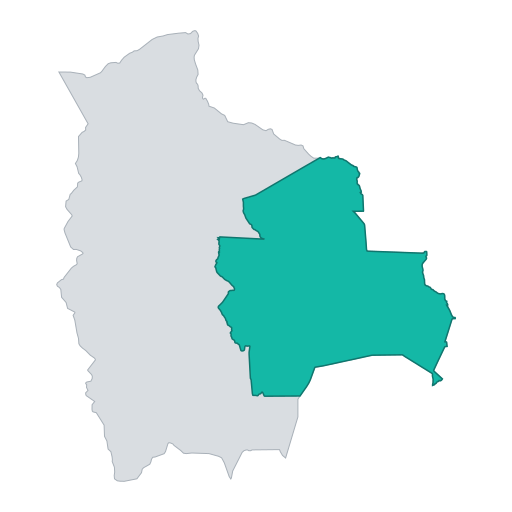 Bolivia, with Santa Cruz highlighted
{"feature_id": "BOL-1940", "entity_name": "Santa Cruz", "entity_type": "Department", "adm_level": 1, "iso_a3": "BOL", "parent_name": "Bolivia", "parent_adm1": "", "projection": "mercator", "projection_center": [-61.708, -16.97], "detail": "fine", "context": "in_parent", "style": "filled", "palette": "teal", "viewbox_px": 512, "rotation_deg": 0, "n_neighbors": 0, "source": "natural_earth", "source_scale": "10m", "svg_char_len": 9562}
<svg xmlns="http://www.w3.org/2000/svg" viewBox="0 0 512 512"><path d="M61.6,297.3L60.8,289.4L59.4,287.5L57.4,286.2L56.7,284.6L57.4,282.9L61.4,279.7L63.5,279.1L64.1,277.4L71.3,268.2L73.5,266.3L76.1,264.9L77.2,263.8L76.6,260.4L76.8,258.2L77.6,256.7L82.5,254.0L83.0,253.5L82.8,252.6L80.7,250.9L76.3,249.4L73.5,249.5L70.7,247.0L65.0,233.0L64.1,229.7L64.2,228.5L68.0,221.5L72.2,216.0L71.7,214.7L67.0,209.3L65.6,206.7L66.1,201.1L68.8,199.4L70.2,194.3L71.3,193.5L73.9,190.1L77.4,186.9L77.7,183.1L78.8,182.1L81.8,180.9L82.1,179.9L81.4,177.4L79.9,174.7L78.7,173.4L77.1,166.8L75.4,163.5L77.3,160.5L78.4,157.2L78.8,153.4L78.5,136.5L82.2,132.3L84.0,131.5L85.7,130.0L85.6,127.4L88.1,123.8L58.9,72.0L70.4,72.1L82.8,74.0L84.9,75.1L85.4,76.9L86.8,77.7L90.2,77.3L100.4,72.8L101.8,71.4L105.4,66.5L108.2,63.7L110.8,62.8L116.0,62.4L117.6,63.2L119.7,63.1L121.5,60.3L124.2,57.2L129.6,53.3L132.4,52.2L134.1,50.9L137.1,50.7L139.6,49.3L152.1,39.5L157.2,37.0L163.0,36.0L167.4,34.6L178.5,33.2L185.6,32.6L187.9,34.0L190.5,33.6L192.6,31.4L194.4,30.7L195.8,30.8L197.7,33.4L198.6,36.1L198.0,38.2L198.1,41.2L199.0,45.2L198.5,48.7L194.4,55.3L194.1,57.2L194.3,59.8L195.6,64.1L197.8,70.0L198.1,74.4L196.6,77.3L195.9,79.8L196.0,81.8L196.5,83.3L197.5,84.1L198.1,85.8L198.2,88.3L199.5,90.7L202.0,93.0L203.0,95.2L202.5,97.3L202.7,98.6L203.4,99.2L205.0,98.2L205.8,98.4L207.5,101.3L208.7,104.3L209.0,106.2L214.3,108.0L221.4,113.8L224.7,115.4L227.7,121.7L233.1,123.2L243.5,124.7L248.4,122.7L251.7,123.0L255.0,124.4L262.8,129.8L266.0,130.7L268.3,129.3L270.4,128.8L272.0,129.4L273.7,134.0L279.6,139.0L281.9,140.4L284.4,140.3L295.4,145.0L298.3,145.4L301.1,145.0L303.0,145.9L303.8,148.7L308.7,154.2L311.0,156.3L313.8,158.2L320.8,158.2L322.9,158.7L337.1,157.0L342.4,159.4L355.8,167.1L358.5,172.1L359.1,174.8L358.3,177.6L357.2,178.6L356.8,180.4L357.3,183.1L359.4,185.4L361.3,193.4L362.6,195.1L363.4,211.0L353.3,211.3L355.0,212.8L364.4,224.2L366.6,251.1L420.2,253.1L421.5,253.1L425.5,251.6L426.5,251.6L426.3,258.7L422.4,264.1L422.2,265.8L422.8,273.0L424.1,278.8L424.8,284.1L426.4,285.7L431.1,288.5L438.1,293.6L440.9,294.3L443.3,293.6L444.7,295.7L445.0,299.1L451.3,314.6L452.5,316.7L454.3,317.8L454.0,318.6L452.4,318.9L451.7,320.0L444.9,341.9L446.6,342.0L447.1,346.4L444.9,346.7L444.3,347.7L433.5,370.7L442.4,378.9L441.5,380.3L437.1,381.5L434.7,384.9L432.6,385.3L433.2,379.6L432.6,374.6L431.9,373.3L402.1,354.8L372.1,355.2L322.9,365.9L314.9,367.3L309.6,381.5L297.9,399.2L297.9,416.9L285.6,458.0L282.5,455.4L280.2,451.5L279.6,449.7L279.3,449.6L252.1,449.9L250.7,450.7L248.8,450.7L247.4,449.9L246.0,450.0L244.0,450.7L242.2,452.3L232.7,471.0L231.4,477.9L230.8,479.0L229.2,476.6L224.3,462.8L221.6,457.8L218.6,456.3L209.0,453.6L191.8,453.0L186.3,453.6L183.5,453.2L180.6,450.4L174.1,445.5L172.8,443.9L170.3,442.9L168.8,442.7L167.9,443.7L165.5,451.6L164.1,453.7L155.1,457.0L152.7,457.3L151.5,459.2L150.9,461.8L149.8,464.2L143.6,467.7L142.2,469.2L141.5,472.7L136.9,478.8L124.3,481.3L120.1,481.2L117.3,480.8L114.5,478.8L114.2,475.5L114.7,472.0L114.4,467.2L112.2,461.5L112.4,459.7L112.1,456.9L110.9,451.7L108.1,449.1L106.9,441.0L104.5,436.3L104.1,425.1L96.3,412.7L93.1,411.9L92.3,411.1L92.0,409.3L92.1,404.7L94.7,401.5L86.2,395.6L85.7,394.1L85.7,392.8L88.0,390.4L86.5,387.4L86.7,384.8L85.7,383.6L85.8,382.8L86.8,382.0L90.9,381.2L92.2,378.5L92.3,376.2L91.6,374.6L87.8,370.6L87.7,369.9L95.4,359.9L95.2,359.1L94.5,358.1L90.3,355.2L85.7,350.5L82.5,348.1L80.1,345.8L78.9,343.8L78.5,338.4L77.0,333.0L74.8,320.1L73.1,315.3L74.9,312.8L74.8,312.1L67.6,308.4L66.1,302.5L61.6,297.3Z" fill="#d9dde1" stroke="#a8b0b8" stroke-width="1"/><path d="M442.4,378.9L441.7,379.9L441.2,380.4L440.5,380.8L439.7,380.6L439.1,380.5L438.9,380.7L438.8,381.0L438.6,381.3L438.3,381.5L437.9,381.5L437.1,381.9L436.0,383.4L435.0,383.8L434.4,384.6L434.0,384.8L432.6,385.4L432.6,384.4L433.1,382.6L433.1,381.9L433.1,380.4L433.2,379.6L433.0,378.5L432.5,376.5L432.4,375.4L432.5,374.3L432.4,373.8L432.1,373.4L404.7,356.4L402.8,355.0L402.1,354.8L372.1,355.2L322.9,365.9L315.5,367.1L315.0,367.3L314.7,367.7L310.4,379.6L308.7,383.2L306.6,386.6L300.0,396.0L264.8,396.2L264.5,396.1L264.3,396.0L264.0,395.5L263.0,393.1L262.5,392.4L262.1,392.1L261.8,392.2L261.6,392.5L261.0,393.3L260.6,393.7L260.1,393.9L259.2,394.1L258.9,394.3L258.7,394.5L258.1,395.4L257.9,395.6L257.7,395.7L257.1,395.7L255.6,395.4L253.6,395.4L252.9,395.3L252.4,393.8L251.1,379.7L250.6,378.7L250.4,378.3L249.1,354.3L249.1,352.2L249.9,346.4L249.6,345.9L247.6,346.1L246.9,346.1L246.0,345.8L245.6,345.8L245.2,346.1L244.8,346.8L244.5,349.4L244.4,349.8L244.2,350.2L243.8,350.5L243.4,350.7L242.9,350.9L242.3,350.9L241.7,350.9L241.2,350.7L240.9,350.4L240.8,350.1L240.7,349.7L239.3,344.9L239.1,344.6L238.5,344.4L238.1,344.1L237.8,343.7L237.5,343.3L237.0,343.2L236.1,343.1L235.6,343.0L235.2,342.8L234.9,342.4L234.7,341.0L234.2,340.2L233.6,339.8L232.9,339.4L232.2,338.9L232.0,338.5L231.8,337.5L231.6,337.1L231.1,336.2L231.0,335.7L231.1,334.2L231.0,333.8L230.7,333.4L230.3,333.0L230.9,332.0L231.7,331.0L231.9,330.8L231.9,330.5L231.7,330.0L231.6,329.7L231.6,329.4L231.7,328.0L231.6,327.6L231.2,327.2L230.5,326.9L230.1,326.6L229.6,326.1L229.1,325.7L228.8,325.5L228.1,325.2L227.9,325.1L227.7,324.9L227.5,324.5L227.4,324.2L227.4,323.4L227.3,323.2L226.9,322.8L226.9,322.7L227.0,322.0L227.0,321.6L226.9,321.4L226.3,320.9L225.8,320.0L225.5,318.7L225.0,317.8L224.3,316.9L223.8,316.0L223.6,315.6L223.4,315.4L222.9,315.1L222.6,314.9L222.2,314.3L221.6,312.6L220.5,310.6L220.0,309.9L218.6,308.3L218.4,308.0L218.2,307.3L218.4,306.4L218.9,305.8L219.6,305.2L222.3,302.5L223.0,301.6L228.2,293.9L228.4,293.2L228.3,292.4L228.4,292.1L228.5,291.7L230.0,290.6L230.4,290.5L230.7,290.5L231.3,290.5L231.6,290.5L232.3,290.3L232.6,290.3L233.0,290.4L234.1,290.3L234.4,289.7L234.5,289.0L234.4,288.4L234.1,287.9L233.8,287.0L233.7,286.7L232.0,285.3L229.2,282.0L228.1,281.2L227.8,281.0L226.9,280.7L225.0,279.6L224.5,279.2L222.4,277.0L222.1,276.8L221.8,276.6L221.1,276.4L220.3,275.9L217.2,272.6L216.7,271.8L216.0,269.0L215.9,268.4L215.9,268.1L215.7,267.8L215.2,267.2L215.0,266.8L215.0,266.4L215.4,265.8L215.6,265.0L216.8,263.0L216.9,262.8L216.8,262.5L216.2,262.2L215.9,261.4L215.9,260.9L216.2,260.4L216.4,259.9L216.8,259.5L217.5,259.0L217.8,258.7L218.0,257.6L219.1,255.2L219.1,254.7L219.1,254.4L218.7,253.9L218.7,253.7L218.8,253.3L219.3,252.4L218.6,252.3L218.6,251.9L219.3,251.0L219.4,250.3L219.3,249.7L219.3,249.1L219.6,248.4L219.3,247.7L219.4,247.1L219.7,246.5L219.8,246.0L219.7,245.4L219.0,244.6L218.9,243.9L218.9,242.7L219.1,242.3L219.2,242.1L219.1,241.6L218.9,240.9L218.6,240.3L218.1,239.7L217.6,239.3L218.0,239.0L218.4,238.9L218.9,239.1L219.3,239.3L219.4,238.7L219.2,238.4L218.4,237.7L219.3,237.7L219.7,237.6L219.9,236.9L263.0,239.1L263.7,239.1L263.8,239.0L263.1,238.7L262.0,238.4L261.6,238.2L261.3,238.0L260.4,237.1L260.1,236.6L259.9,235.9L259.9,235.4L259.8,234.6L259.8,234.3L259.6,233.9L258.9,233.0L258.5,232.2L258.1,231.8L257.9,231.5L256.6,230.8L256.2,230.6L255.2,229.8L254.9,229.6L254.5,229.6L254.1,229.5L253.8,229.3L252.3,227.7L252.0,227.2L251.9,225.6L251.7,225.1L251.3,224.6L250.8,224.3L250.0,224.0L249.7,223.8L249.4,223.4L245.9,218.1L244.7,214.7L243.7,213.0L243.5,212.5L243.1,210.9L243.3,210.1L243.5,209.6L243.6,208.9L243.6,208.0L243.4,206.2L243.4,202.3L242.7,199.1L244.2,198.4L255.5,195.1L302.7,167.7L320.2,157.6L320.4,157.6L321.3,158.4L321.6,158.6L323.2,159.0L324.6,158.8L326.0,158.3L328.3,157.1L328.8,157.2L329.3,157.4L330.4,157.6L331.1,158.0L331.5,158.2L331.8,158.2L332.6,157.9L334.8,158.0L335.1,157.8L335.3,157.1L335.7,156.8L337.1,156.6L337.3,156.5L337.7,156.2L338.1,156.1L338.3,156.5L338.3,157.8L338.9,158.5L340.4,158.8L341.9,158.9L343.0,159.1L343.6,159.7L343.9,159.9L346.1,160.8L351.0,164.7L352.1,165.3L352.9,165.5L353.1,165.6L353.4,166.1L353.5,166.3L353.8,166.4L356.3,167.0L356.9,167.4L357.1,168.0L357.2,168.9L357.4,169.8L357.7,170.7L358.0,171.4L358.3,171.7L359.0,172.3L359.0,172.5L358.9,172.9L359.1,173.1L359.6,173.3L359.7,173.6L359.7,173.8L359.4,174.5L359.0,176.0L358.6,176.8L358.0,177.3L357.3,177.5L357.0,177.7L356.9,178.1L356.7,178.9L356.7,179.7L356.8,180.1L357.2,180.9L357.2,181.7L357.1,182.7L357.2,183.6L357.5,184.2L359.3,185.7L359.5,186.2L360.0,188.4L361.1,190.8L361.3,192.2L360.3,192.5L360.8,193.6L362.4,194.7L362.8,195.5L363.5,210.8L363.4,211.2L353.3,211.3L355.0,212.9L363.8,223.4L364.3,224.2L364.6,225.0L366.0,242.0L366.5,249.5L367.1,251.0L368.1,251.2L422.6,253.2L423.3,253.1L424.0,252.8L424.2,252.5L424.7,251.6L424.9,251.5L426.4,251.5L426.7,251.8L426.9,255.1L426.7,255.6L425.9,256.2L425.9,256.8L426.6,258.1L426.1,259.3L422.9,263.0L422.3,264.1L422.1,265.3L422.2,266.7L422.9,269.3L423.0,270.6L422.9,270.9L422.6,271.5L422.5,271.8L422.5,272.2L422.9,273.9L423.4,275.0L423.6,275.6L423.8,278.0L424.0,278.5L424.3,279.1L424.5,279.8L424.6,282.9L424.7,284.2L425.3,285.2L426.6,285.9L427.6,286.0L427.9,286.1L428.2,286.3L428.8,286.8L429.1,287.0L429.9,287.2L430.2,287.4L430.6,287.9L431.1,289.0L431.6,289.4L432.8,289.6L433.2,289.9L434.1,290.9L434.5,291.2L435.6,291.7L436.0,291.9L437.5,293.1L438.4,293.5L439.6,293.8L440.9,293.9L441.8,293.6L442.6,293.5L443.1,293.6L443.9,293.9L444.3,294.3L444.6,295.1L444.7,296.0L444.7,296.8L444.7,297.3L444.7,298.7L444.8,299.3L445.1,299.9L445.4,300.4L445.8,300.8L446.3,301.1L446.8,301.3L446.5,302.4L446.7,302.8L447.2,303.5L447.7,304.4L447.7,305.0L446.6,305.1L449.7,310.4L451.4,314.6L452.5,316.7L453.8,317.5L454.5,317.5L455.0,317.5L455.3,317.9L455.2,318.6L453.0,318.7L452.4,318.8L452.0,319.2L444.9,341.8L446.2,341.9L446.6,342.2L446.7,342.9L446.9,344.9L447.1,346.4L445.3,346.6L444.7,346.9L437.4,362.2L433.7,370.2L434.0,371.2L442.4,378.9Z" fill="#14b8a6" stroke="#0f766e" stroke-width="1.5"/></svg>